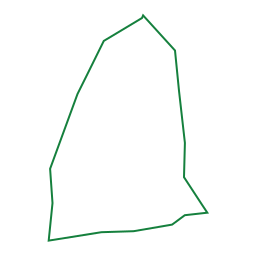 outline of Al Jifarah
{"feature_id": "LBY-2973", "entity_name": "Al Jifarah", "entity_type": "Municipality", "adm_level": 1, "iso_a3": "LBY", "parent_name": "Libya", "parent_adm1": "", "projection": "equal_earth", "projection_center": [13.064, 32.491], "detail": "fine", "context": "isolated", "style": "outline", "palette": "green", "viewbox_px": 256, "rotation_deg": 0, "n_neighbors": 0, "source": "natural_earth", "source_scale": "10m", "svg_char_len": 343}
<svg xmlns="http://www.w3.org/2000/svg" viewBox="0 0 256 256"><path d="M207.3,212.7L184.8,215.2L172.1,224.6L133.6,231.2L101.4,232.2L48.7,240.6L52.5,203.1L50.1,168.8L77.5,94.0L87.8,73.3L103.8,40.9L142.0,18.0L143.1,15.4L175.0,50.5L179.0,90.8L184.9,142.9L184.0,177.2L202.0,204.7L207.3,212.7Z" fill="none" stroke="#15803d" stroke-width="2"/></svg>